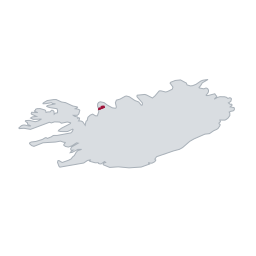 Sveitarfélagið Skagaströnd, Norðurland vestra, Iceland (highlighted), rotated 352°
{"feature_id": "244011B17586381133924", "entity_name": "Sveitarfélagið Skagaströnd", "entity_type": "district", "adm_level": 2, "iso_a3": "ISL", "parent_name": "Iceland", "parent_adm1": "Norðurland vestra", "projection": "robinson", "projection_center": [-20.221, 65.865], "detail": "fine", "context": "in_parent", "style": "filled", "palette": "rose", "viewbox_px": 256, "rotation_deg": 352, "n_neighbors": 0, "source": "geoboundaries", "source_scale": "gbopen_adm2", "svg_char_len": 4349}
<svg xmlns="http://www.w3.org/2000/svg" viewBox="0 0 256 256"><g transform="rotate(352 128 128)"><path d="M195.6,95.0L197.8,95.1L201.5,94.2L206.7,91.6L208.9,91.1L214.0,91.1L207.9,93.6L205.7,96.3L204.0,97.6L204.1,98.2L208.5,99.8L210.6,99.3L211.5,99.5L212.4,100.3L213.0,101.8L212.7,103.4L211.5,105.0L209.9,106.3L210.2,106.8L211.5,107.0L218.7,106.2L219.6,108.1L220.3,108.8L220.1,109.4L217.4,111.5L220.7,110.2L223.3,109.8L227.9,110.5L229.8,111.3L231.0,112.6L233.2,112.2L234.3,113.0L234.4,113.8L233.5,116.0L230.9,117.1L232.6,118.8L233.9,118.8L234.2,119.2L234.1,120.1L232.1,121.3L235.6,122.5L236.1,123.0L235.9,124.4L235.4,125.2L234.4,125.7L231.9,125.8L230.4,126.3L230.9,127.3L230.6,129.8L228.7,131.9L226.9,133.0L225.1,133.7L220.1,132.9L220.4,134.7L218.7,135.8L219.0,136.8L219.7,137.2L219.4,138.4L217.2,140.9L215.7,141.7L212.5,142.6L207.9,144.9L203.2,144.8L191.8,148.0L187.3,149.8L179.3,155.0L175.9,156.3L170.0,157.0L152.3,160.4L150.4,162.4L150.3,162.8L151.1,163.6L149.8,165.1L147.1,166.1L145.8,166.1L143.6,165.2L143.4,165.7L144.3,166.7L135.6,168.5L123.5,167.6L112.9,165.1L104.4,164.5L98.5,161.0L98.3,160.5L98.9,159.4L101.1,159.0L100.1,157.9L96.5,159.8L95.3,159.7L93.8,159.0L93.7,158.2L90.7,157.9L85.6,155.7L85.2,155.2L86.4,154.5L86.2,154.3L83.4,154.5L79.3,156.5L55.1,157.3L54.3,156.2L53.4,152.2L54.2,150.5L55.2,150.7L58.0,153.0L64.5,151.7L67.2,150.8L69.6,148.6L71.0,147.9L73.0,145.2L75.0,143.5L79.1,142.7L75.5,142.2L69.3,144.4L67.3,144.4L68.3,143.4L70.4,142.3L68.9,142.2L68.4,141.8L68.3,140.7L69.4,139.0L76.6,136.1L75.0,135.5L70.0,137.8L66.3,138.6L63.4,137.5L62.0,136.1L62.1,135.5L63.9,133.8L63.6,133.4L62.4,133.2L59.3,131.6L54.2,131.8L41.8,130.8L32.3,133.1L30.1,132.0L28.3,129.8L28.7,128.9L30.3,128.4L34.9,128.5L41.7,127.4L44.8,126.1L46.0,126.4L46.6,127.1L50.8,126.1L53.0,125.0L56.7,125.5L70.8,124.9L72.6,123.5L73.4,121.7L73.1,121.4L67.9,123.0L66.7,123.0L60.7,122.1L58.6,121.2L59.3,120.4L62.5,118.8L70.6,116.0L71.7,115.5L71.9,114.8L68.7,113.6L62.7,114.0L61.1,112.6L56.1,111.7L52.8,112.3L51.0,111.4L31.2,115.8L24.9,113.8L20.3,113.5L19.9,112.8L22.7,110.9L24.5,110.5L26.3,110.7L29.8,112.1L32.2,112.5L29.2,110.5L29.1,108.6L28.2,108.1L27.3,106.9L27.7,106.4L31.3,106.7L37.0,108.9L39.9,108.5L43.6,107.1L35.4,106.3L32.9,104.6L34.7,103.7L39.0,103.8L34.3,100.8L34.1,100.3L34.9,99.0L40.8,100.2L37.8,98.4L37.7,98.0L38.6,97.7L39.1,96.6L40.6,96.2L43.6,96.5L48.2,98.6L48.8,99.2L49.0,101.2L50.8,100.9L53.0,101.2L54.8,99.8L56.1,100.1L57.0,101.4L56.8,104.1L58.1,103.2L60.3,103.1L60.7,100.8L60.3,99.0L53.3,96.9L50.5,95.4L50.8,94.8L52.2,94.4L59.6,94.0L56.5,93.1L55.7,92.2L50.1,92.5L47.3,92.2L47.2,91.7L48.4,91.0L51.8,89.6L58.2,89.5L60.8,89.8L65.8,93.0L69.7,94.2L76.4,98.5L80.7,100.1L80.9,100.5L80.1,101.0L78.5,101.6L81.0,102.3L82.6,103.4L82.7,103.9L81.2,107.3L79.6,108.4L75.6,107.8L76.6,108.9L79.4,110.0L80.0,110.7L79.6,111.3L80.9,111.1L81.4,111.5L80.7,113.4L80.0,114.1L82.4,114.5L84.0,115.5L86.0,119.4L87.0,116.4L87.6,115.3L88.6,114.9L89.8,111.8L92.4,110.0L94.9,109.3L97.5,111.4L99.3,111.7L101.3,107.9L101.5,105.1L100.9,102.1L101.3,99.9L102.5,98.6L104.2,98.2L107.8,99.5L110.8,102.5L115.2,105.8L118.3,106.7L118.9,106.5L119.4,105.5L119.0,101.2L120.4,98.8L124.1,98.3L129.6,96.2L130.9,96.1L133.7,97.3L138.6,101.7L142.2,103.7L144.1,106.9L144.9,107.5L145.6,106.5L145.7,105.1L141.3,98.4L141.3,97.5L141.7,96.8L149.3,97.1L151.0,97.9L156.4,101.7L159.0,100.1L164.1,95.6L165.8,95.8L170.3,97.6L172.1,97.4L177.2,95.8L178.2,93.7L175.9,89.4L176.8,88.6L181.5,87.5L186.7,87.7L192.1,91.7L192.4,93.5L195.6,95.0Z" fill="#d9dde1" stroke="#a8b0b8" stroke-width="1"/><path d="M106.6,103.0L106.4,103.0L106.0,103.0L105.4,103.1L105.2,103.1L105.3,103.2L105.2,103.2L105.2,103.3L105.3,103.3L105.3,103.5L105.2,103.5L105.0,103.8L104.9,103.8L104.8,104.0L104.7,104.1L104.6,104.3L104.3,104.4L104.2,104.4L102.2,104.4L102.1,104.5L102.2,104.8L102.1,105.0L101.9,105.0L102.0,105.0L101.9,105.1L102.0,105.2L102.0,105.3L102.0,105.2L102.2,105.3L102.3,105.3L102.2,105.4L102.3,105.4L102.5,105.4L102.8,105.3L103.0,105.2L103.1,105.3L103.2,105.2L103.3,105.2L103.5,105.1L103.8,105.0L104.0,104.9L104.3,104.8L104.5,104.8L104.8,104.8L105.0,104.8L105.3,104.8L105.5,104.7L105.8,104.7L106.0,104.6L106.2,104.4L106.3,104.4L106.5,104.3L106.8,104.2L107.1,104.2L107.3,104.2L107.3,103.9L107.3,103.7L107.3,103.4L107.2,103.4L106.9,103.3L106.8,103.2L106.7,103.1L106.6,103.0Z" fill="#f43f5e" stroke="#9f1239" stroke-width="1.5"/></g></svg>